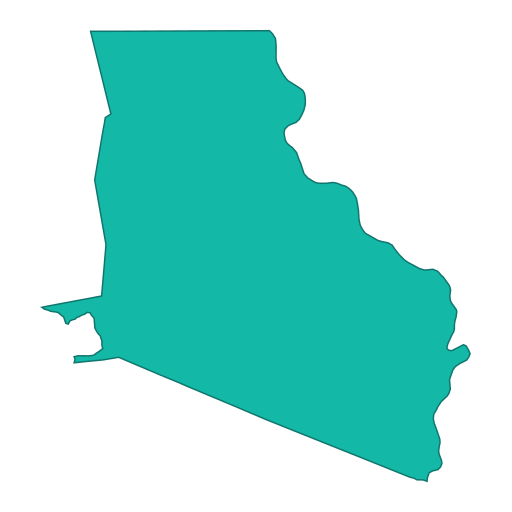 outline of São Francisco do Maranhão, Maranhão, Brazil
{"feature_id": "56859067B13604855436090", "entity_name": "São Francisco do Maranhão", "entity_type": "district", "adm_level": 2, "iso_a3": "BRA", "parent_name": "Brazil", "parent_adm1": "Maranhão", "projection": "mercator", "projection_center": [-43.076, -6.208], "detail": "fine", "context": "isolated", "style": "filled", "palette": "teal", "viewbox_px": 512, "rotation_deg": 0, "n_neighbors": 0, "source": "geoboundaries", "source_scale": "gbopen_adm2", "svg_char_len": 2502}
<svg xmlns="http://www.w3.org/2000/svg" viewBox="0 0 512 512"><path d="M427.0,481.3L427.5,477.4L429.2,472.7L432.7,470.9L438.0,469.6L440.6,466.9L441.9,463.5L441.5,460.6L439.2,454.3L438.6,451.2L439.3,446.0L440.0,443.0L439.8,439.2L437.1,431.1L435.5,426.7L434.1,423.1L433.3,418.6L433.8,414.1L436.4,409.8L437.9,406.6L441.3,401.5L447.3,395.9L448.9,393.3L450.3,389.1L449.5,379.6L452.8,370.1L455.0,367.0L456.9,365.4L460.1,363.4L466.6,360.1L468.5,357.5L470.1,353.8L468.8,350.6L466.2,346.0L463.5,344.7L451.8,350.7L448.5,350.2L446.8,348.1L447.8,343.9L452.2,334.3L453.7,331.8L454.4,328.9L454.4,324.7L454.9,321.2L456.1,316.8L456.8,311.6L456.1,309.3L451.3,302.7L450.3,300.1L449.8,296.0L450.6,289.9L450.0,287.3L448.9,284.9L445.4,280.1L443.1,276.9L441.0,275.1L439.5,273.3L437.7,271.3L433.0,269.3L425.2,270.1L422.4,269.5L419.1,268.4L407.5,262.1L404.4,259.9L399.4,254.9L397.3,252.3L394.6,248.8L392.1,245.1L388.0,242.8L382.0,241.6L378.0,240.5L365.4,233.3L362.7,229.9L360.2,225.2L359.0,219.5L358.4,209.8L357.3,203.0L356.4,198.5L355.2,196.1L352.9,192.3L351.2,190.5L349.1,188.5L345.6,186.2L341.3,185.0L337.2,183.3L333.2,182.5L325.7,183.3L319.2,183.3L316.0,182.7L313.2,181.4L307.9,178.0L304.1,173.9L300.7,163.4L299.0,159.6L296.6,152.6L292.4,147.6L290.3,146.2L287.0,143.2L285.3,139.9L284.1,134.1L284.1,131.8L285.0,129.0L288.1,125.8L290.6,124.5L296.0,122.4L299.4,119.2L301.4,115.7L303.9,110.2L305.3,104.4L305.3,99.2L304.9,95.5L304.3,93.1L302.6,90.2L299.1,87.7L291.7,83.0L288.3,80.9L286.3,78.9L282.6,73.7L280.2,69.2L276.6,62.0L276.0,58.0L276.1,45.9L275.5,38.6L272.6,33.9L269.4,30.7L183.8,31.0L112.5,31.3L95.3,31.3L90.6,31.3L93.3,42.4L110.9,114.0L105.3,117.6L104.4,123.3L102.9,131.1L94.7,179.9L96.3,189.2L106.0,244.6L104.7,259.8L104.4,263.7L101.6,296.0L48.2,306.0L41.9,307.3L44.3,309.1L47.6,310.0L50.5,311.2L53.3,311.7L56.1,312.0L58.2,312.6L60.4,314.5L63.7,317.1L64.7,320.0L65.8,323.3L68.2,324.1L70.0,320.8L72.5,319.8L75.3,319.0L77.0,317.3L79.2,316.7L81.5,315.2L84.7,314.2L87.1,312.4L90.2,312.8L91.4,315.2L94.1,318.0L94.3,321.2L94.6,323.9L94.8,327.8L96.6,331.3L98.3,333.9L100.2,335.7L100.9,338.1L101.9,340.6L101.9,342.8L101.9,345.4L102.8,348.5L98.7,351.7L96.3,353.2L93.5,355.3L91.1,355.6L88.9,355.9L81.1,355.8L78.1,355.8L74.1,356.7L75.1,359.3L74.1,362.8L88.2,361.3L103.1,359.9L115.0,357.9L118.7,357.3L160.3,375.0L178.0,382.3L183.5,384.7L187.4,386.4L241.6,409.1L244.3,410.3L266.9,419.9L304.8,435.1L369.6,461.0L410.2,477.3L414.1,478.2L416.8,479.8L423.1,479.9L427.0,481.3Z" fill="#14b8a6" stroke="#0f766e" stroke-width="1.5"/></svg>